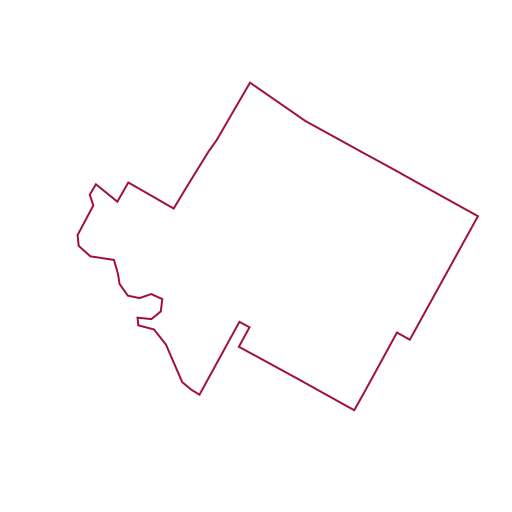 Lincoln, Arkansas, United States of America (Mercator projection), rotated 209°
{"feature_id": "52423323B30857528698803", "entity_name": "Lincoln", "entity_type": "district", "adm_level": 2, "iso_a3": "USA", "parent_name": "United States of America", "parent_adm1": "Arkansas", "projection": "mercator", "projection_center": [-91.656, 33.979], "detail": "fine", "context": "isolated", "style": "outline", "palette": "rose", "viewbox_px": 512, "rotation_deg": 209, "n_neighbors": 0, "source": "geoboundaries", "source_scale": "gbopen_adm2", "svg_char_len": 688}
<svg xmlns="http://www.w3.org/2000/svg" viewBox="0 0 512 512"><g transform="rotate(209 256 256)"><path d="M81.2,398.4L167.6,398.4L170.6,398.5L211.8,398.2L278.3,398.0L345.3,404.7L346.6,338.2L348.2,323.9L350.1,282.9L351.0,257.6L403.3,258.4L403.6,236.3L430.8,241.1L431.1,229.0L422.8,221.4L422.2,187.8L416.0,178.9L400.8,175.4L378.3,183.7L368.0,173.4L361.8,165.4L348.9,159.2L337.5,162.7L329.2,171.9L317.1,172.9L312.4,161.4L316.9,150.1L329.7,144.6L325.3,138.3L309.6,142.3L291.7,134.8L259.4,109.9L247.7,107.7L238.2,107.3L238.6,190.4L227.1,190.5L227.0,168.3L160.9,168.8L102.4,168.7L95.3,168.8L95.2,191.1L95.6,257.4L80.9,257.3L81.2,398.4Z" fill="none" stroke="#9f1239" stroke-width="2"/></g></svg>